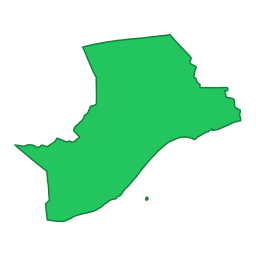 outline of La Gi, Bình Thuận, Vietnam
{"feature_id": "81297802B85161602276488", "entity_name": "La Gi", "entity_type": "district", "adm_level": 2, "iso_a3": "VNM", "parent_name": "Vietnam", "parent_adm1": "Bình Thuận", "projection": "orthographic", "projection_center": [107.79, 10.714], "detail": "fine", "context": "isolated", "style": "filled", "palette": "green", "viewbox_px": 256, "rotation_deg": 0, "n_neighbors": 0, "source": "geoboundaries", "source_scale": "gbopen_adm2", "svg_char_len": 4766}
<svg xmlns="http://www.w3.org/2000/svg" viewBox="0 0 256 256"><path d="M47.3,219.9L48.0,220.0L53.1,220.8L57.7,221.3L61.9,221.4L63.7,221.3L65.4,220.8L67.5,219.7L71.5,218.1L72.0,217.7L72.4,217.2L73.8,216.5L77.2,215.2L85.9,213.0L89.5,212.3L92.3,211.5L95.4,210.3L99.2,208.2L101.4,206.8L105.7,203.3L106.3,203.0L107.5,202.2L108.2,201.5L109.2,200.8L110.7,200.0L111.5,199.6L112.7,199.3L113.8,199.1L115.1,199.0L115.8,198.7L116.1,198.4L117.4,196.8L118.3,196.4L119.9,195.8L120.6,195.2L121.6,193.9L122.3,192.9L122.8,192.0L124.3,189.9L126.1,188.0L127.2,187.1L129.4,184.8L133.1,180.3L134.8,178.5L134.9,178.3L136.4,176.6L137.8,174.7L138.5,173.8L139.4,172.5L139.9,171.6L140.6,170.8L143.1,167.8L144.3,166.5L145.7,164.6L147.7,162.2L149.8,159.9L151.3,158.2L153.0,156.4L154.9,154.5L156.9,152.2L157.5,151.5L158.0,151.1L158.5,150.6L160.1,149.2L162.6,147.1L164.5,145.4L165.0,145.0L167.6,143.0L169.0,142.0L169.6,141.6L171.8,140.7L176.2,138.9L179.7,137.4L181.1,137.2L184.0,137.0L185.7,137.1L187.7,137.3L190.4,137.8L192.4,138.5L193.2,138.9L193.6,139.3L194.2,139.4L194.8,139.2L195.8,138.9L196.2,138.4L196.6,137.8L197.9,136.9L199.8,135.8L201.8,134.6L204.0,133.3L205.3,132.8L205.5,132.6L205.8,132.3L206.3,132.1L208.3,131.7L208.7,131.4L209.0,131.1L209.3,130.7L209.8,130.3L210.3,129.9L210.8,129.7L211.0,129.7L211.3,129.5L211.4,129.2L211.5,129.0L211.9,128.8L212.3,128.7L212.5,129.2L212.4,129.6L212.3,129.9L212.3,130.2L212.7,130.3L217.2,129.6L220.0,128.6L224.1,126.8L228.8,124.7L231.8,123.2L234.4,122.2L239.5,120.9L240.6,120.7L240.6,120.1L240.5,118.2L240.3,117.2L240.2,116.6L239.8,115.8L239.6,115.0L239.6,114.3L239.7,113.7L240.0,112.9L240.3,111.9L240.3,110.7L240.1,110.1L240.0,109.8L239.2,109.5L238.0,109.1L236.6,108.2L235.5,107.3L235.0,106.8L234.8,106.4L234.7,105.8L234.5,104.6L234.4,102.3L234.3,100.9L233.9,99.8L233.6,99.2L233.3,98.9L232.7,98.6L232.3,98.4L231.3,98.2L229.9,98.1L228.7,97.8L228.3,97.7L227.8,97.6L226.5,97.4L226.2,96.9L225.8,95.3L225.7,94.5L225.6,93.6L225.3,92.8L224.8,91.8L224.7,90.7L226.6,90.9L227.1,90.7L227.7,90.3L227.8,89.8L227.8,89.2L227.8,88.8L227.5,87.9L227.3,87.7L225.3,87.6L220.5,87.6L214.8,87.8L202.7,87.6L200.2,87.6L200.0,87.4L200.0,87.0L200.0,85.8L200.0,85.1L200.0,84.6L199.9,84.4L198.7,83.5L197.2,82.1L196.7,81.5L196.5,81.0L196.4,80.3L196.3,79.6L196.1,78.9L196.0,78.6L195.8,78.4L194.7,77.7L194.1,77.2L193.9,76.9L193.8,76.5L194.0,75.7L194.4,74.0L194.6,72.9L194.6,72.0L194.7,71.4L195.0,70.5L195.8,68.7L196.2,67.7L196.2,67.3L196.0,66.7L195.4,66.2L194.7,65.8L193.3,65.2L191.7,64.4L190.8,63.9L190.4,63.5L190.0,63.0L189.8,62.2L189.8,61.7L190.0,61.0L190.3,60.2L191.0,59.2L191.1,58.7L191.2,58.1L191.1,57.8L190.6,57.1L190.1,56.6L189.6,55.8L189.2,55.3L188.9,54.9L188.4,54.6L177.9,43.6L176.2,41.7L169.9,34.6L169.7,34.7L169.3,34.7L165.2,35.4L155.9,36.4L153.9,36.6L150.3,37.0L144.9,37.7L142.9,38.0L139.2,38.3L129.7,39.1L126.8,39.4L123.2,39.9L120.4,40.2L117.0,40.5L112.9,41.2L108.9,41.7L103.0,42.7L97.1,43.8L92.4,44.8L87.9,45.7L83.9,46.7L82.6,47.2L83.8,49.2L85.1,52.3L87.8,59.0L90.6,65.6L93.5,72.2L96.4,77.7L96.4,78.2L96.3,78.7L96.2,79.5L96.3,83.8L96.4,88.9L96.5,93.7L96.5,98.6L96.4,100.1L96.4,103.5L96.1,104.1L94.9,105.0L93.3,105.7L91.1,106.0L90.7,106.2L90.6,106.4L90.2,107.0L89.8,108.2L89.5,108.9L88.7,110.8L88.1,112.2L87.3,113.1L86.6,113.9L86.1,114.4L85.5,114.9L84.8,115.2L84.6,115.4L84.4,115.7L84.2,116.1L84.2,116.5L84.1,116.9L84.1,117.3L83.8,117.9L82.8,119.3L81.4,121.0L78.3,123.9L76.2,125.7L74.9,127.1L74.5,127.7L74.2,128.4L74.0,128.9L73.9,129.4L73.7,130.8L74.8,132.0L78.3,135.6L79.2,136.6L79.5,137.0L79.2,137.5L76.9,139.3L75.3,140.7L74.1,141.6L73.0,142.0L72.0,142.0L70.0,141.3L69.3,141.1L68.9,141.0L66.9,142.1L60.0,139.3L57.5,138.3L57.2,138.2L56.5,139.0L56.0,139.8L55.5,140.7L54.9,141.5L54.3,142.2L53.3,142.9L51.1,144.1L47.3,146.7L45.8,146.3L44.2,145.7L43.7,145.6L42.9,145.3L42.6,145.2L42.1,145.2L41.7,145.2L41.4,145.3L41.1,145.5L40.8,145.7L40.4,146.2L40.2,146.5L39.9,146.7L39.6,146.9L39.3,147.1L39.0,147.2L38.6,147.3L38.1,147.3L37.2,147.4L36.6,147.2L35.6,146.6L34.4,145.9L34.0,145.7L33.4,145.4L32.8,145.2L32.3,145.1L32.0,145.0L29.9,144.9L28.8,144.8L28.2,144.8L27.7,144.9L27.1,145.1L26.6,145.3L26.0,145.5L25.4,145.7L24.8,146.0L24.3,146.1L24.0,146.2L23.7,146.3L23.2,146.3L21.6,146.0L19.1,145.5L18.1,145.4L17.7,145.4L17.1,145.3L16.3,145.3L15.4,145.2L17.1,147.0L27.0,155.2L31.3,158.9L42.9,168.2L47.3,171.7L47.0,172.5L46.9,172.9L47.4,177.2L47.6,180.7L48.1,183.9L48.3,185.0L48.7,190.4L48.7,192.0L49.1,197.1L49.4,200.6L48.5,201.1L47.8,201.7L46.5,203.0L45.6,203.9L46.1,207.2L46.1,209.2L46.3,211.7L46.8,215.7L47.2,219.1L47.3,219.9ZM147.2,200.0L147.5,199.7L147.9,199.1L147.9,198.6L147.9,198.0L147.7,197.5L147.4,197.3L146.8,197.2L146.5,197.4L146.2,197.8L145.9,198.1L145.8,199.2L145.9,199.7L146.2,200.0L146.7,200.2L147.2,200.0Z" fill="#22c55e" stroke="#15803d" stroke-width="1.5"/></svg>